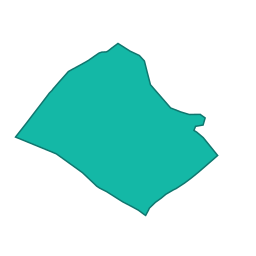 outline of Abu Karinka, Eastern Darfur, Sudan, rotated 302°
{"feature_id": "16777658B5227660159889", "entity_name": "Abu Karinka", "entity_type": "district", "adm_level": 2, "iso_a3": "SDN", "parent_name": "Sudan", "parent_adm1": "Eastern Darfur", "projection": "albers", "projection_center": [26.599, 11.574], "detail": "fine", "context": "isolated", "style": "filled", "palette": "teal", "viewbox_px": 256, "rotation_deg": 302, "n_neighbors": 0, "source": "geoboundaries", "source_scale": "gbopen_adm2", "svg_char_len": 1101}
<svg xmlns="http://www.w3.org/2000/svg" viewBox="0 0 256 256"><g transform="rotate(302 128 128)"><path d="M152.2,218.6L159.7,196.9L160.9,188.5L160.9,185.2L165.2,184.4L170.3,190.1L177.4,188.1L177.8,182.0L172.1,173.1L171.9,172.8L169.5,163.9L167.6,153.5L173.7,133.5L176.6,124.1L185.7,114.5L193.5,106.4L195.5,99.2L194.3,89.1L194.4,74.7L187.3,71.9L186.8,71.7L186.4,71.6L184.1,70.8L182.7,70.2L182.4,70.1L181.1,69.3L180.7,68.8L179.7,67.3L179.5,67.1L178.6,65.7L176.8,64.2L175.8,63.5L175.3,63.3L172.7,62.2L171.6,61.7L168.5,60.4L163.9,58.4L163.4,58.1L162.0,57.4L154.1,53.0L148.5,49.8L144.3,47.5L137.5,46.4L131.2,45.3L122.8,44.0L122.0,43.8L121.2,43.8L120.3,43.7L119.6,43.7L119.0,43.5L116.4,42.9L116.0,42.8L109.2,42.2L101.8,41.5L90.4,40.4L77.5,39.2L60.8,37.4L60.7,37.4L68.1,80.9L66.0,113.0L62.8,129.0L62.1,132.2L62.0,135.8L62.7,143.6L62.7,143.8L62.6,158.3L62.6,163.2L63.4,173.3L63.8,180.2L63.2,188.0L63.2,189.3L69.1,188.9L71.4,188.6L79.4,190.6L86.0,193.3L91.8,195.2L99.8,199.4L102.1,200.9L111.2,205.1L119.2,208.2L128.0,211.2L139.7,214.8L152.2,218.6Z" fill="#14b8a6" stroke="#0f766e" stroke-width="1.5"/></g></svg>